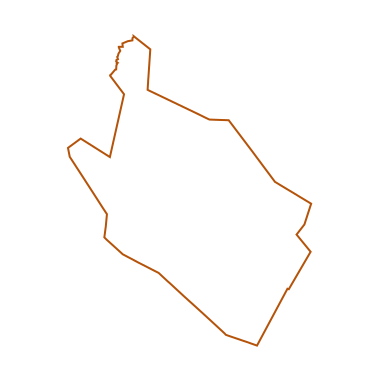 outline of San Francisco Tlapancingo, Oaxaca, Mexico, rotated 28°
{"feature_id": "50627088B51167334219016", "entity_name": "San Francisco Tlapancingo", "entity_type": "district", "adm_level": 2, "iso_a3": "MEX", "parent_name": "Mexico", "parent_adm1": "Oaxaca", "projection": "albers", "projection_center": [-98.293, 17.481], "detail": "fine", "context": "isolated", "style": "outline", "palette": "amber", "viewbox_px": 384, "rotation_deg": 28, "n_neighbors": 0, "source": "geoboundaries", "source_scale": "gbopen_adm2", "svg_char_len": 1150}
<svg xmlns="http://www.w3.org/2000/svg" viewBox="0 0 384 384"><g transform="rotate(28 192 192)"><path d="M63.3,110.9L63.8,112.4L65.8,112.8L65.2,113.9L65.8,114.6L65.8,115.7L67.5,119.4L66.7,120.1L65.3,126.7L65.1,126.7L64.9,127.2L65.1,127.8L86.1,137.6L103.1,199.7L68.6,197.1L61.8,211.3L67.5,218.3L78.5,224.4L82.5,226.6L101.2,237.0L113.2,243.7L120.3,247.7L125.8,250.7L127.3,251.5L132.1,263.0L135.9,273.2L139.1,274.2L153.8,277.9L158.2,279.0L160.0,279.5L177.1,279.5L196.2,279.2L200.5,279.1L212.5,282.3L215.1,282.9L234.1,287.9L253.2,292.7L272.1,297.6L287.3,301.6L288.9,302.2L291.8,301.8L307.2,299.3L310.1,298.8L321.5,297.1L321.7,232.6L323.1,232.4L324.8,189.1L304.3,180.5L306.5,167.9L302.7,146.4L260.5,144.1L233.2,131.2L226.7,128.1L190.7,111.4L180.1,116.6L173.7,119.7L173.4,119.8L172.8,119.9L168.1,120.1L164.0,120.2L106.7,122.6L104.8,122.6L104.2,121.2L103.0,118.6L102.1,116.5L100.9,114.0L100.2,112.4L98.1,107.7L88.2,85.6L67.3,81.8L67.7,82.4L67.2,84.0L68.2,86.1L64.5,89.0L60.8,93.5L62.7,96.3L59.2,98.2L59.4,98.6L61.2,100.1L62.4,101.1L62.1,104.2L62.6,106.3L62.8,107.6L62.6,107.9L64.3,109.5L63.3,110.9Z" fill="none" stroke="#b45309" stroke-width="2"/></g></svg>